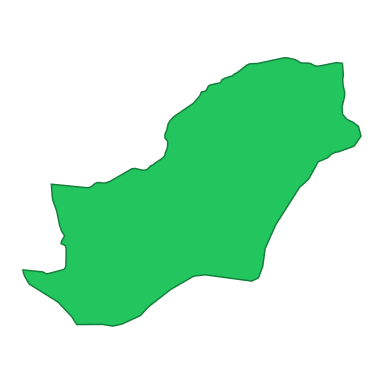 map outline of Golestan (Albers equal-area conic projection)
{"feature_id": "IRN-3213", "entity_name": "Golestan", "entity_type": "Province", "adm_level": 1, "iso_a3": "IRN", "parent_name": "Iran", "parent_adm1": "", "projection": "albers", "projection_center": [55.004, 37.298], "detail": "fine", "context": "isolated", "style": "filled", "palette": "green", "viewbox_px": 384, "rotation_deg": 0, "n_neighbors": 0, "source": "natural_earth", "source_scale": "10m", "svg_char_len": 1597}
<svg xmlns="http://www.w3.org/2000/svg" viewBox="0 0 384 384"><path d="M283.5,57.9L287.3,57.9L295.3,59.6L300.3,62.5L302.2,63.1L308.8,63.1L310.9,63.7L314.5,65.6L316.3,66.1L318.2,66.2L336.6,62.6L341.8,63.2L342.4,63.5L343.4,74.9L342.7,79.6L343.1,85.5L344.7,92.4L344.6,96.2L342.1,106.8L342.5,114.2L347.0,119.4L353.1,122.3L358.4,126.3L361.0,136.2L354.0,146.2L338.9,151.7L335.4,152.3L331.5,154.1L327.6,157.8L318.2,161.8L308.9,178.7L305.0,182.6L299.7,187.1L275.8,224.6L265.1,248.7L262.7,266.6L258.4,277.9L251.7,281.1L205.0,274.8L193.8,276.1L170.9,289.3L148.6,306.7L140.5,315.5L121.9,324.1L112.8,326.1L102.5,324.4L76.8,324.6L71.5,316.4L57.8,301.9L29.1,284.0L24.6,276.1L23.2,272.0L23.0,269.9L42.8,271.9L44.8,273.1L47.0,273.9L63.5,269.6L65.0,268.3L65.9,265.6L66.2,248.7L65.5,245.9L63.6,244.7L61.1,243.7L61.5,241.3L64.6,235.8L61.5,230.9L59.5,224.9L56.7,211.1L52.9,200.4L52.4,198.0L51.3,184.2L86.7,187.7L89.3,187.5L91.6,186.5L94.1,184.2L96.5,182.7L99.3,182.5L102.3,183.0L105.2,183.0L109.8,181.5L131.8,168.8L134.8,168.4L142.7,170.2L145.5,170.1L147.5,169.2L150.7,165.8L153.2,164.8L154.9,163.2L161.0,159.2L164.3,156.4L164.9,155.3L165.3,152.8L167.1,148.7L167.5,146.3L167.7,142.4L167.5,141.3L167.0,140.2L165.4,138.8L165.0,137.9L164.9,134.5L167.0,129.4L167.6,126.1L168.3,123.6L170.0,120.8L173.9,116.6L193.3,103.3L199.3,96.5L200.3,94.8L201.0,92.6L202.5,91.7L204.3,91.4L205.7,90.9L206.7,89.6L208.1,86.6L209.2,85.4L211.7,84.6L219.1,83.1L220.7,82.5L221.8,79.9L224.6,78.3L230.5,76.3L232.0,76.1L234.6,73.9L237.3,72.6L246.8,65.1L249.9,63.8L258.1,63.4L283.5,57.9Z" fill="#22c55e" stroke="#15803d" stroke-width="1.5"/></svg>